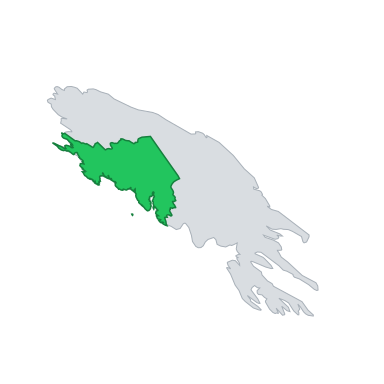 Iceland, with Norðurland eystra highlighted, rotated 219°
{"feature_id": "ISL-702", "entity_name": "Norðurland eystra", "entity_type": "Region", "adm_level": 1, "iso_a3": "ISL", "parent_name": "Iceland", "parent_adm1": "", "projection": "equal_earth", "projection_center": [-17.153, 65.518], "detail": "fine", "context": "in_parent", "style": "filled", "palette": "green", "viewbox_px": 384, "rotation_deg": 219, "n_neighbors": 0, "source": "natural_earth", "source_scale": "10m", "svg_char_len": 9648}
<svg xmlns="http://www.w3.org/2000/svg" viewBox="0 0 384 384"><g transform="rotate(219 192 192)"><path d="M300.9,147.7L304.5,147.9L310.4,146.7L318.8,143.3L322.3,142.5L330.4,142.5L320.6,145.8L317.0,149.5L314.3,151.2L314.4,152.0L321.4,154.2L324.7,153.5L326.2,153.8L327.5,154.8L328.5,156.9L327.9,159.1L326.0,161.2L323.3,163.1L323.7,163.6L325.9,163.9L337.4,162.8L338.7,165.5L339.8,166.4L339.5,167.3L335.0,170.2L340.3,168.4L344.6,167.9L351.9,168.8L354.9,169.8L356.7,171.7L360.3,171.1L362.0,172.1L362.1,173.2L360.6,176.3L356.3,177.9L359.0,180.1L361.2,180.1L361.6,180.6L361.4,182.0L358.1,183.5L363.6,185.3L364.3,185.9L364.1,187.9L363.2,189.0L361.5,189.7L357.5,189.8L355.1,190.6L356.0,191.8L355.3,195.2L352.3,198.0L349.4,199.4L346.5,200.4L338.5,199.3L338.9,201.7L336.1,203.2L336.6,204.5L337.7,205.1L337.2,206.7L333.6,210.0L331.1,211.1L326.0,212.3L318.6,215.4L311.1,215.3L292.8,219.6L285.5,222.0L272.5,229.1L267.0,230.9L257.6,231.8L229.2,236.4L226.0,239.2L225.9,239.8L227.1,240.9L225.0,242.9L220.7,244.4L218.7,244.3L215.1,243.1L214.7,243.7L216.1,245.2L202.2,247.6L182.9,246.4L166.0,242.9L152.5,242.2L143.1,237.4L142.9,236.6L144.0,235.2L147.4,234.6L145.8,233.1L140.0,235.6L138.2,235.6L135.7,234.5L135.7,233.5L130.9,233.1L122.8,230.1L122.2,229.4L124.2,228.4L123.8,228.2L119.3,228.4L112.7,231.2L74.0,232.3L72.8,230.8L71.5,225.3L72.9,223.0L74.5,223.2L78.9,226.3L89.3,224.6L93.5,223.4L97.6,220.5L99.8,219.5L103.1,215.8L106.4,213.5L113.0,212.4L107.2,211.7L97.3,214.7L94.0,214.7L95.6,213.4L99.0,211.9L96.7,211.8L95.9,211.2L95.9,209.8L97.7,207.5L109.3,203.5L106.6,202.8L98.6,205.8L92.7,206.9L88.1,205.5L85.9,203.6L86.1,202.8L89.0,200.4L88.5,200.0L86.7,199.7L81.7,197.6L73.6,197.8L53.8,196.5L38.6,199.5L35.1,198.1L32.3,195.1L33.0,194.0L35.7,193.3L43.0,193.4L53.9,192.0L58.9,190.2L60.8,190.7L61.6,191.5L68.3,190.2L72.0,188.7L77.9,189.4L100.4,188.6L103.4,186.6L104.6,184.2L104.1,183.7L95.8,185.9L93.9,185.9L84.4,184.7L81.1,183.4L82.3,182.3L87.4,180.1L100.4,176.3L102.3,175.5L102.5,174.6L97.5,173.0L87.8,173.5L85.4,171.6L77.5,170.4L72.1,171.2L69.4,170.0L37.5,176.0L27.5,173.2L20.3,172.8L19.7,171.9L24.1,169.3L27.0,168.8L29.9,169.1L35.4,170.9L39.2,171.5L34.5,168.8L34.5,166.2L33.0,165.5L31.7,163.8L32.3,163.2L38.1,163.6L47.1,166.6L51.7,166.0L57.6,164.1L44.5,163.1L40.6,160.7L43.6,159.5L50.4,159.7L43.1,155.6L42.8,154.9L44.1,153.2L53.5,154.7L48.7,152.3L48.6,151.8L50.0,151.4L50.9,149.9L53.3,149.3L58.0,149.8L65.3,152.6L66.3,153.4L66.5,156.1L69.4,155.7L72.9,156.1L75.9,154.2L77.8,154.6L79.3,156.3L78.9,160.1L81.0,158.8L84.5,158.7L85.2,155.6L84.6,153.1L73.5,150.3L69.1,148.3L69.7,147.6L71.9,146.9L83.8,146.4L78.8,145.2L77.6,144.0L68.6,144.5L64.1,144.0L64.1,143.4L65.9,142.4L71.4,140.5L81.7,140.4L85.9,140.9L93.6,145.1L99.9,146.8L110.4,152.5L117.1,154.7L117.4,155.2L116.3,155.9L113.6,156.6L117.6,157.6L120.0,159.1L120.2,159.8L117.7,164.4L115.1,165.9L108.8,165.0L110.2,166.5L114.7,168.1L115.7,169.0L115.0,169.9L117.1,169.6L117.8,170.1L116.7,172.7L115.5,173.7L119.3,174.2L121.8,175.6L124.8,180.9L126.7,176.8L127.6,175.3L129.2,174.7L131.2,170.5L135.5,168.1L139.5,167.1L143.5,170.0L146.5,170.3L149.7,165.2L150.2,161.5L149.4,157.3L150.1,154.4L152.1,152.6L154.8,152.1L160.4,153.8L165.1,157.9L172.1,162.4L177.0,163.5L177.9,163.4L178.8,161.9L178.3,156.1L180.6,152.9L186.5,152.2L195.5,149.3L197.5,149.2L201.9,150.9L209.7,156.8L215.2,159.5L218.1,163.9L219.4,164.7L220.7,163.3L220.8,161.4L214.1,152.3L214.0,151.1L214.7,150.2L226.9,150.6L229.6,151.6L238.1,156.8L242.2,154.7L250.5,148.6L253.4,148.8L260.4,151.2L263.2,151.0L271.4,148.8L273.2,146.0L269.7,140.3L271.1,139.2L278.7,137.7L287.0,138.0L295.5,143.3L295.9,145.8L300.9,147.7Z" fill="#d9dde1" stroke="#a8b0b8" stroke-width="1"/><path d="M190.2,150.1L191.6,149.5L194.4,149.0L195.4,149.2L195.2,150.3L195.8,150.2L196.9,149.2L196.7,148.7L197.3,148.5L198.1,148.6L199.7,148.9L198.9,150.2L198.8,150.7L199.1,150.7L201.4,149.6L202.3,149.7L203.7,150.6L204.3,150.8L204.6,151.0L204.2,151.6L203.3,152.4L204.2,152.4L205.3,152.0L206.9,152.7L207.5,154.0L207.8,154.5L206.9,156.2L207.0,156.4L209.3,156.7L210.7,157.1L213.0,157.2L213.7,157.6L214.2,158.2L214.9,158.4L215.8,159.9L216.9,160.0L217.1,160.1L217.5,160.8L217.4,161.7L217.5,162.1L218.3,163.0L218.2,164.5L218.3,164.7L221.0,166.1L220.8,166.6L221.0,167.2L221.3,167.7L221.9,167.8L222.3,167.3L222.2,166.7L222.0,166.1L221.7,165.7L220.6,165.2L220.4,164.8L220.8,164.2L220.7,163.4L220.8,163.0L221.7,162.5L221.9,161.9L221.8,161.4L220.9,159.7L220.8,159.0L220.2,159.0L219.2,158.1L218.9,158.2L218.5,158.6L218.1,158.4L217.1,157.9L216.8,157.6L217.1,157.1L217.0,156.7L216.6,156.3L215.7,156.1L214.7,155.0L214.7,154.8L214.9,154.8L214.9,154.5L214.1,153.6L213.7,152.0L213.9,150.4L214.7,149.4L215.1,149.3L217.9,149.4L219.5,149.9L221.4,149.9L221.1,150.1L222.3,150.4L225.4,150.1L226.7,150.3L227.0,150.6L227.3,151.3L227.6,151.5L227.9,151.6L229.2,151.5L229.7,151.7L230.7,152.3L231.8,152.6L233.0,153.5L233.4,153.8L233.9,154.8L234.2,155.3L235.2,155.6L235.8,156.0L236.6,156.7L237.6,158.1L238.1,158.6L238.2,157.9L237.9,157.4L237.2,156.4L238.5,156.3L239.8,156.0L236.9,156.0L236.2,155.7L241.2,155.7L241.5,155.9L242.2,156.9L242.4,156.9L242.6,156.4L242.5,156.2L242.2,156.0L242.2,155.7L242.9,155.3L243.1,155.0L243.0,154.5L243.5,154.3L243.9,153.8L243.9,152.7L244.3,152.2L245.1,151.8L247.1,151.1L247.3,150.7L247.3,150.3L247.2,150.1L246.9,150.0L247.0,149.8L247.7,149.3L248.5,148.9L250.4,148.6L250.8,148.0L251.6,148.3L254.7,148.5L255.6,148.7L257.4,150.8L257.4,151.3L257.0,151.3L257.0,151.5L257.8,151.7L258.1,151.7L258.5,151.5L257.8,151.3L259.0,150.9L262.9,150.4L264.1,150.6L263.1,150.6L262.1,151.0L262.5,151.2L263.1,151.7L263.3,151.6L264.3,150.7L264.7,150.6L265.6,151.0L266.9,152.1L268.0,152.2L267.0,151.7L266.1,151.2L265.9,150.7L265.7,150.1L265.2,149.9L266.6,149.4L268.7,149.1L270.0,148.7L270.7,148.7L268.0,149.4L267.1,149.9L269.8,149.4L270.5,149.4L271.3,149.7L272.5,150.5L273.3,150.6L273.3,150.3L272.2,149.8L271.6,149.4L271.4,149.1L271.5,148.5L271.8,148.1L272.9,147.5L272.8,147.3L273.4,146.6L273.5,146.3L273.4,145.7L272.4,144.7L271.7,144.4L271.5,143.6L270.7,143.3L270.5,143.0L270.7,142.4L270.3,142.4L270.7,141.9L270.3,141.7L270.0,141.3L270.7,141.3L270.7,141.0L270.1,140.7L269.5,139.6L268.6,139.2L268.9,138.7L269.6,138.3L270.2,138.2L270.4,138.4L270.5,138.9L270.9,138.9L271.3,138.1L272.6,137.8L273.1,137.8L273.1,138.1L273.0,138.5L273.1,138.8L273.7,139.1L273.4,138.5L275.1,138.0L276.3,138.6L276.9,138.7L276.2,138.9L276.8,139.1L278.1,138.9L278.1,138.7L279.2,137.9L279.4,138.4L279.8,138.4L280.1,138.2L280.4,137.6L281.3,137.3L282.2,137.3L284.0,137.6L285.8,137.3L288.4,138.4L289.9,138.7L289.5,139.0L288.6,139.3L288.4,139.9L288.8,139.9L288.8,140.1L288.2,140.3L288.9,140.8L288.5,141.1L290.0,141.0L291.3,141.1L291.8,141.0L291.7,141.7L294.6,141.7L295.2,141.8L295.7,142.0L296.0,142.3L296.0,142.9L296.6,143.8L295.3,144.9L294.6,145.3L293.6,145.7L294.1,146.1L294.4,146.0L295.3,146.3L296.3,146.5L296.0,147.5L296.5,147.7L298.8,147.8L299.9,147.5L300.3,147.6L300.8,148.0L301.4,147.8L301.4,148.1L301.6,148.4L302.0,148.6L302.9,148.8L304.8,149.6L305.4,150.1L306.1,150.4L306.8,150.1L306.5,150.1L306.3,149.9L306.9,149.7L307.3,149.3L307.5,148.8L307.6,148.1L307.3,146.9L307.5,146.6L308.4,146.4L312.3,146.4L314.5,146.0L314.8,145.2L317.0,144.6L317.4,144.1L317.6,143.6L318.1,143.2L320.1,142.4L322.8,142.2L323.5,142.3L324.8,142.7L325.5,142.9L331.4,142.4L330.0,143.1L324.5,144.3L322.0,145.1L319.1,145.4L318.2,145.8L317.4,146.4L318.6,146.7L318.7,146.9L319.9,148.0L319.4,148.9L319.2,149.2L316.2,150.5L315.7,150.6L313.8,150.6L312.9,151.0L312.4,151.7L313.8,152.2L315.7,152.2L316.1,152.5L316.3,153.1L315.0,153.6L315.7,153.8L319.2,153.9L321.3,154.3L322.7,154.3L325.2,153.2L326.8,153.1L327.5,153.3L328.2,153.6L328.6,154.1L328.8,154.9L329.0,155.3L329.9,155.5L330.1,155.6L330.2,156.0L328.7,156.2L327.7,157.5L315.0,158.2L314.2,159.0L312.9,159.6L311.1,160.2L308.3,160.4L307.9,161.2L307.6,161.5L305.1,162.3L304.3,162.8L304.2,163.3L297.0,164.3L296.8,164.8L296.8,165.5L297.2,166.2L297.2,167.3L297.6,168.5L297.6,168.8L296.9,169.9L296.6,171.1L286.4,170.2L286.0,170.2L285.7,170.4L285.6,170.6L285.3,171.7L284.5,172.9L283.7,173.6L282.8,173.9L281.8,174.6L281.5,175.0L281.4,175.4L281.4,175.7L281.8,176.1L284.3,176.9L284.9,177.2L285.8,178.0L286.1,178.6L285.9,179.1L285.3,180.0L282.9,180.9L282.0,181.8L281.1,182.4L280.7,182.9L280.5,183.7L280.6,184.0L280.5,184.5L280.6,186.0L280.0,187.9L280.1,188.1L280.7,188.3L280.7,188.5L280.4,188.8L279.2,189.6L276.3,190.2L275.0,190.9L273.0,192.2L270.4,192.4L268.5,192.8L267.7,192.9L267.5,193.0L267.1,194.0L267.3,194.6L267.3,194.9L266.6,195.4L265.7,196.3L265.6,196.6L265.7,196.9L266.6,198.1L267.1,199.3L267.0,199.9L266.1,201.8L265.4,203.1L259.3,209.0L241.3,203.8L213.1,195.8L210.1,194.5L211.5,191.6L212.5,188.7L212.6,186.9L212.5,185.2L211.9,183.0L211.6,182.6L211.1,182.2L208.1,181.2L206.7,180.5L206.2,180.1L205.8,179.5L205.4,178.3L205.2,177.9L202.1,177.4L201.5,177.0L201.3,176.3L201.0,175.9L199.4,175.3L199.2,175.1L199.2,174.8L199.8,174.1L199.9,173.4L201.0,172.6L201.1,172.4L200.8,172.1L198.6,171.0L197.1,170.8L196.2,170.2L195.4,170.0L195.0,169.7L194.9,169.6L195.1,169.3L195.9,168.9L196.1,168.3L196.7,167.9L196.8,167.1L197.2,166.9L198.5,166.4L198.8,166.1L198.8,165.7L198.7,165.5L198.0,165.0L197.9,164.8L198.1,164.3L198.1,164.1L197.4,163.2L196.8,162.8L196.1,162.7L194.6,162.0L193.2,161.5L192.9,161.0L193.0,160.7L193.2,160.2L193.5,160.0L195.5,159.7L196.8,158.7L196.9,158.0L196.7,157.4L195.4,156.8L195.7,156.6L196.3,156.3L196.4,155.6L197.2,155.1L197.2,154.9L196.8,154.5L193.9,152.8L191.8,150.8L190.2,150.1ZM212.0,155.1L212.8,155.8L212.8,156.2L212.3,156.3L211.7,156.1L211.5,155.9L211.0,154.7L212.0,155.1ZM223.8,136.4L224.9,136.9L224.7,137.2L224.1,137.4L223.6,137.0L223.5,136.4L223.8,136.4Z" fill="#22c55e" stroke="#15803d" stroke-width="1.5"/></g></svg>